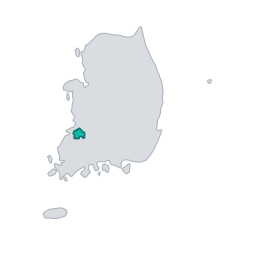 Jeongeup-si, North Jeolla, South Korea (highlighted), rotated 9°
{"feature_id": "91817680B14892127844453", "entity_name": "Jeongeup-si", "entity_type": "district", "adm_level": 2, "iso_a3": "KOR", "parent_name": "South Korea", "parent_adm1": "North Jeolla", "projection": "mercator", "projection_center": [126.936, 35.604], "detail": "fine", "context": "in_parent", "style": "filled", "palette": "teal", "viewbox_px": 256, "rotation_deg": 9, "n_neighbors": 0, "source": "geoboundaries", "source_scale": "gbopen_adm2", "svg_char_len": 4063}
<svg xmlns="http://www.w3.org/2000/svg" viewBox="0 0 256 256"><g transform="rotate(9 128 128)"><path d="M72.0,58.5L72.9,57.8L73.0,56.7L73.0,53.3L75.7,50.9L79.5,46.0L81.3,43.3L83.4,40.8L85.9,39.1L88.3,38.3L92.1,37.9L99.4,38.3L100.8,38.0L105.9,37.7L107.1,38.1L110.8,38.4L114.8,38.1L116.9,37.4L118.8,36.1L120.4,33.9L122.2,29.7L124.0,26.5L125.1,25.9L132.5,43.3L139.6,54.4L145.7,62.5L154.4,78.0L156.9,86.3L157.1,91.4L158.6,98.4L157.3,102.4L157.7,108.7L157.2,111.9L156.1,114.3L156.1,118.8L156.4,121.3L156.4,124.5L157.1,125.7L158.1,126.2L159.7,125.0L161.6,124.5L161.3,128.4L158.9,138.2L156.9,145.3L154.2,151.5L150.7,157.1L146.5,159.3L143.5,160.1L137.9,160.4L133.2,159.5L129.2,160.1L127.6,161.3L126.4,163.3L127.3,166.4L127.2,168.7L125.5,168.6L122.1,167.2L118.3,167.0L116.5,166.4L114.7,163.1L112.9,163.2L109.8,165.2L104.9,165.6L103.2,166.7L102.6,168.0L103.3,169.7L105.8,172.0L105.0,174.3L102.4,175.4L100.4,172.6L99.1,169.9L97.7,169.7L95.5,170.5L95.0,173.5L96.1,175.5L97.8,177.8L95.4,180.5L94.8,182.4L93.0,183.8L88.4,180.8L89.1,178.6L91.1,176.5L91.3,174.3L90.7,173.0L84.1,178.5L80.0,184.7L77.8,184.3L76.9,182.7L75.7,182.0L71.3,186.0L70.5,189.2L68.9,189.3L68.2,188.0L68.1,185.1L67.3,182.7L62.8,179.1L60.7,176.1L61.8,174.3L65.6,175.3L68.6,175.1L68.1,173.7L67.1,173.0L69.1,172.1L70.7,170.4L69.4,170.0L67.2,171.0L65.5,170.5L64.8,166.4L62.6,162.2L61.5,158.2L63.6,155.8L64.7,152.2L66.7,146.9L67.7,145.2L70.4,143.9L71.4,142.6L69.9,141.9L67.5,141.3L67.5,139.7L69.2,138.9L71.0,137.2L74.5,135.2L75.6,131.3L74.6,130.3L72.4,129.4L72.9,127.4L73.8,125.9L73.5,125.0L70.9,122.5L69.1,120.2L69.6,117.6L69.2,113.6L69.5,110.2L69.4,108.4L68.1,104.3L67.5,100.2L65.9,100.8L64.5,101.8L59.7,100.4L58.2,100.3L57.5,97.2L59.3,93.4L63.4,90.1L65.7,89.7L67.5,88.2L70.3,87.8L73.6,90.0L76.6,90.5L78.2,94.4L79.2,95.2L79.5,93.8L81.9,92.1L82.4,90.8L81.9,90.1L79.2,89.4L76.7,84.6L76.3,82.5L75.4,81.1L76.8,77.2L73.9,72.8L72.5,71.4L72.7,67.4L71.2,64.8L70.3,63.4L69.8,61.0L70.3,59.9L71.6,59.5L72.0,58.5ZM62.6,229.3L61.3,230.1L60.0,229.7L59.6,229.3L58.1,227.2L57.7,226.1L58.7,224.1L63.0,220.7L73.9,217.4L75.8,217.3L80.1,218.7L81.1,221.3L80.3,223.5L79.3,225.1L74.3,227.6L70.4,228.8L62.6,229.3ZM136.2,171.4L133.4,173.7L129.5,170.6L128.6,168.9L131.5,166.4L134.0,163.6L135.7,163.4L136.2,171.4ZM115.6,171.1L115.3,174.8L113.2,174.9L111.9,172.6L110.5,173.7L109.8,173.8L108.7,170.9L108.5,168.6L111.1,166.9L112.6,167.9L114.8,168.4L115.6,171.1ZM59.8,187.3L57.8,187.8L56.7,186.5L56.0,186.2L56.4,184.5L59.6,181.3L60.2,180.1L63.1,180.8L64.2,182.5L62.9,185.2L59.8,187.3ZM68.5,60.2L68.4,65.3L66.7,65.1L65.6,64.6L65.1,63.6L63.9,58.9L65.2,56.9L67.7,58.5L68.5,60.2ZM57.9,173.9L57.5,174.8L56.2,174.5L54.8,172.0L54.2,170.0L52.9,168.8L55.0,167.1L57.8,170.2L57.9,173.9ZM65.4,107.8L65.0,110.3L62.9,108.7L62.4,103.3L64.4,104.8L65.4,107.8ZM202.6,70.2L201.2,71.3L199.5,70.2L199.3,69.0L200.2,67.9L202.2,67.3L203.1,68.2L202.6,70.2ZM75.6,188.2L76.1,190.0L73.7,189.7L72.4,188.0L72.5,186.5L74.0,186.3L75.6,188.2ZM107.5,178.2L107.2,179.4L105.6,177.6L107.1,175.7L107.5,178.2Z" fill="#d9dde1" stroke="#a8b0b8" stroke-width="1"/><path d="M85.3,138.9L84.8,139.0L84.0,139.0L83.9,138.9L83.7,138.6L83.2,138.3L83.0,138.0L82.8,137.7L82.4,137.2L82.0,137.0L81.4,137.0L81.0,136.8L80.9,136.3L80.2,135.9L79.6,136.0L79.6,136.4L79.3,137.0L78.7,137.0L78.2,137.2L77.8,137.5L78.1,137.8L78.2,138.3L77.9,138.7L77.0,138.6L76.5,138.7L75.9,138.9L75.6,139.3L75.2,139.7L74.8,140.1L74.9,142.5L75.1,142.6L75.7,142.8L76.1,142.9L76.2,143.4L76.2,143.8L76.1,144.8L76.1,145.1L76.1,145.6L76.3,146.3L76.6,146.7L77.2,146.7L77.6,146.6L77.7,146.0L78.3,145.9L78.6,146.1L78.7,146.7L79.0,146.7L79.3,146.0L80.0,146.0L80.4,146.1L81.0,146.3L81.2,146.2L81.4,146.0L81.5,145.6L81.3,145.0L81.4,144.5L81.4,144.2L81.9,143.9L82.3,143.7L82.8,143.5L83.1,143.8L83.6,143.9L84.1,143.9L84.5,144.3L84.8,144.7L85.3,145.1L86.0,145.1L86.0,144.8L86.0,144.6L86.2,144.4L86.5,144.3L86.8,144.1L86.7,143.9L86.3,143.6L85.9,143.4L85.9,143.0L85.9,142.5L85.9,142.2L86.3,142.0L86.4,141.8L86.2,141.5L86.3,140.8L86.1,140.4L86.0,139.9L85.8,139.5L85.3,138.9Z" fill="#14b8a6" stroke="#0f766e" stroke-width="1.5"/></g></svg>